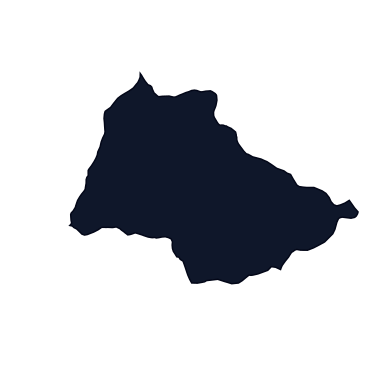 outline of Mongar, Mongar, Bhutan, rotated 230°
{"feature_id": "84629894B50826464910493", "entity_name": "Mongar", "entity_type": "district", "adm_level": 2, "iso_a3": "BTN", "parent_name": "Bhutan", "parent_adm1": "Mongar", "projection": "natural_earth1", "projection_center": [91.256, 27.269], "detail": "fine", "context": "isolated", "style": "filled", "palette": "ink", "viewbox_px": 384, "rotation_deg": 230, "n_neighbors": 0, "source": "geoboundaries", "source_scale": "gbopen_adm2", "svg_char_len": 3365}
<svg xmlns="http://www.w3.org/2000/svg" viewBox="0 0 384 384"><g transform="rotate(230 192 192)"><path d="M309.6,177.3L308.0,175.0L304.9,171.9L301.4,169.5L298.3,167.2L294.0,164.1L292.5,162.3L292.2,161.6L290.7,158.2L288.6,154.5L285.6,150.6L283.3,145.7L281.2,143.2L279.9,140.7L279.5,139.9L278.1,136.3L276.7,131.8L275.7,127.4L275.2,126.3L272.6,124.1L271.3,123.1L270.8,120.9L269.5,118.9L268.3,117.9L266.7,116.5L263.9,113.2L262.7,111.9L262.0,109.6L261.3,105.9L260.4,102.7L259.1,99.0L257.8,96.8L255.9,93.7L255.3,93.0L253.9,88.9L253.5,85.8L252.6,84.5L248.1,81.2L245.7,79.9L245.1,78.6L244.9,76.9L242.8,78.5L240.7,78.7L237.8,79.9L234.0,80.3L230.5,80.6L228.1,82.0L226.7,84.5L224.5,91.0L223.4,95.9L223.0,100.1L220.1,103.5L218.7,105.2L216.1,108.0L215.5,108.8L214.8,110.1L213.9,111.6L212.5,112.2L210.3,113.2L208.1,113.5L206.3,114.0L205.4,114.2L204.6,114.4L203.6,114.5L202.2,114.9L200.5,115.2L200.1,115.8L199.3,117.1L198.5,118.9L198.0,120.2L197.5,121.6L197.1,122.3L196.2,123.0L191.5,126.0L190.5,126.6L189.7,127.0L185.8,129.4L184.6,130.4L183.2,131.6L182.5,132.3L181.0,134.4L179.8,135.0L178.4,137.2L176.9,140.0L174.9,142.8L172.3,144.6L170.6,145.4L169.5,145.9L166.4,145.0L164.1,142.7L161.4,140.8L158.6,139.6L155.3,139.2L152.1,138.7L150.5,140.1L148.0,139.7L144.8,140.7L142.3,139.8L138.6,138.4L133.1,136.2L130.7,135.3L129.3,134.9L126.6,134.1L122.5,133.3L118.7,137.6L116.5,141.4L115.1,144.0L114.8,146.2L112.0,150.4L108.6,155.6L105.7,157.4L102.2,159.6L100.0,161.1L96.2,163.5L93.7,167.2L92.4,169.1L91.8,173.5L91.8,178.0L91.7,182.3L90.3,183.6L89.2,185.3L87.0,189.6L86.7,190.3L84.5,196.4L83.7,198.6L83.3,199.7L83.4,200.8L83.8,204.8L80.6,207.7L75.7,210.0L76.6,211.5L77.8,213.9L79.1,218.9L80.1,224.1L80.8,226.1L81.8,229.4L81.5,231.3L81.4,233.4L80.7,235.3L77.7,237.8L73.2,243.0L71.1,249.2L69.6,255.9L68.5,261.5L69.5,273.0L71.5,277.4L75.7,283.5L77.3,286.8L77.4,288.3L76.3,290.8L69.7,297.0L68.0,300.3L68.0,302.4L68.9,304.8L70.0,306.4L75.3,306.3L84.5,307.1L85.2,302.1L86.7,297.4L88.3,294.0L91.1,292.4L95.2,292.3L99.6,293.5L104.8,293.7L109.2,292.4L117.1,288.3L121.7,282.8L124.2,280.3L127.2,277.6L129.7,276.8L130.8,276.9L136.9,277.8L142.1,278.8L145.4,276.9L149.1,276.0L155.7,272.1L161.1,270.7L167.1,268.9L169.4,267.7L172.8,266.1L180.0,261.0L182.0,260.3L184.0,259.5L184.8,259.2L186.4,258.1L188.4,258.0L189.9,257.9L191.6,258.0L193.1,258.1L195.2,258.2L198.0,258.4L199.2,258.5L200.8,258.9L202.9,259.7L204.4,260.8L205.2,261.5L206.4,261.9L207.5,262.7L209.9,263.9L211.1,263.7L212.9,263.4L213.6,263.2L215.5,262.9L216.9,262.2L218.1,261.6L219.7,260.9L220.4,260.8L221.4,259.8L223.0,259.0L224.0,258.0L225.2,256.4L225.9,256.1L227.3,255.9L229.3,256.1L234.8,257.0L236.6,257.7L239.2,259.7L240.3,261.2L241.6,263.7L242.8,265.8L244.4,267.8L246.3,270.1L250.0,272.7L250.8,273.0L252.5,273.0L256.1,271.9L257.7,271.1L258.9,269.4L260.3,267.5L262.3,264.0L263.4,262.8L266.7,260.9L268.5,259.3L270.0,256.9L270.8,254.2L272.1,251.2L273.2,247.6L274.1,245.0L274.7,242.7L275.5,240.1L276.6,238.8L280.2,236.1L282.4,233.3L284.3,230.9L286.3,227.9L287.3,227.3L290.6,226.9L292.2,226.6L296.2,227.7L298.2,228.6L300.1,228.5L302.5,227.2L306.8,227.3L309.3,227.6L312.6,228.1L313.5,228.3L316.0,228.5L313.3,226.1L311.8,223.4L310.6,220.6L310.4,219.0L309.4,214.0L309.6,211.0L309.9,208.3L310.7,203.7L311.3,199.6L311.4,197.6L311.5,195.3L310.3,189.2L309.1,184.0L309.5,179.4L309.6,177.3Z" fill="#0f172a" stroke="#020617" stroke-width="1.5"/></g></svg>